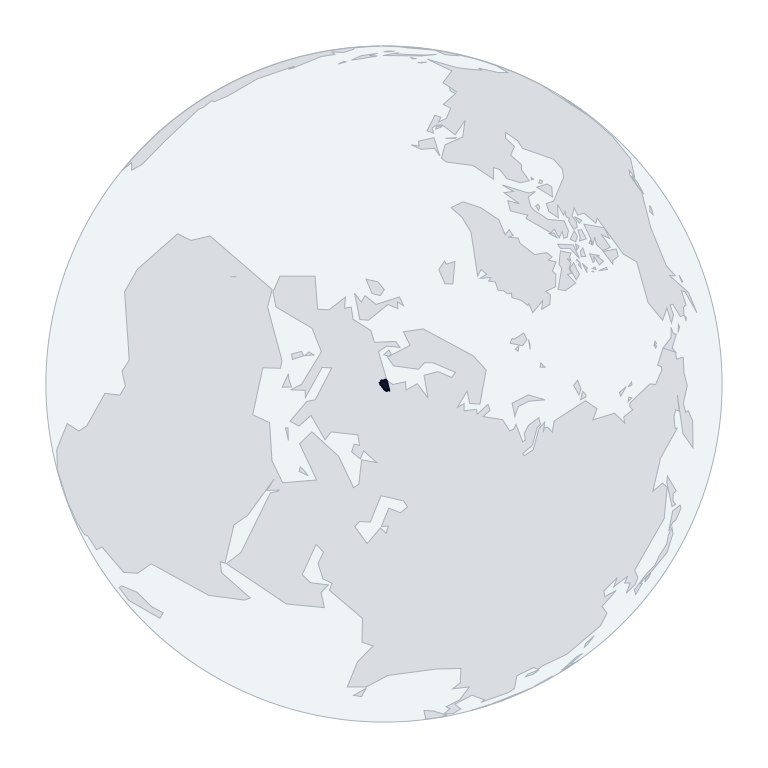 globe centered on Warmian-Masurian, rotated 74°
{"feature_id": "POL-3139", "entity_name": "Warmian-Masurian", "entity_type": "Voivodeship", "adm_level": 1, "iso_a3": "POL", "parent_name": "Poland", "parent_adm1": "", "projection": "orthographic", "projection_center": [20.397, 53.764], "detail": "fine", "context": "on_globe", "style": "filled", "palette": "ink", "viewbox_px": 768, "rotation_deg": 74, "n_neighbors": 0, "source": "natural_earth", "source_scale": "10m", "svg_char_len": 12284}
<svg xmlns="http://www.w3.org/2000/svg" viewBox="0 0 768 768"><g transform="rotate(74 384 384)"><circle cx="384" cy="384" r="338" fill="#eef3f6" stroke="#a8b0b8"/><path d="M68.9,261.9L71.0,256.6L75.7,245.7L88.5,220.0L103.5,195.5L120.6,172.3L139.5,150.7L181.5,114.4L155.8,134.7L172.8,120.2L174.2,119.1L172.5,120.5L193.3,106.1L209.0,96.2L235.5,84.9L255.0,86.1L245.5,89.5L251.3,90.0L263.7,86.0L270.4,83.4L307.1,84.5L348.4,80.0L360.2,74.1L358.7,79.5L380.1,66.0L401.8,63.6L378.1,69.3L376.2,72.4L391.3,71.8L392.6,74.9L400.6,76.6L400.9,80.6L387.0,84.4L387.0,87.2L397.6,86.7L404.6,90.9L389.0,91.1L399.5,98.6L378.3,107.7L336.3,107.4L325.1,118.1L283.4,133.3L287.8,136.1L274.8,144.6L275.1,151.2L267.3,152.7L274.3,156.9L281.3,154.2L286.8,155.3L287.6,159.2L277.8,161.6L275.9,160.0L273.5,162.8L268.2,162.4L271.3,164.8L259.3,167.7L272.2,170.7L263.6,178.0L255.3,178.3L254.9,170.5L234.6,154.2L226.1,153.3L214.6,159.2L195.6,185.9L186.7,188.6L175.7,197.7L181.1,199.5L191.7,193.1L199.0,199.2L211.1,191.3L215.8,192.8L228.7,188.4L228.1,197.6L220.5,209.2L209.7,213.6L206.1,219.1L217.4,222.2L198.4,238.3L187.8,262.9L182.7,266.5L170.9,259.4L168.2,240.2L152.9,233.4L164.0,246.8L151.2,256.6L149.6,262.2L151.1,267.3L156.5,267.2L152.4,272.8L139.7,261.0L143.3,255.8L147.2,259.3L145.8,250.7L137.3,243.9L131.5,250.0L124.6,235.2L120.4,239.6L116.5,239.2L123.8,233.1L110.6,244.2L101.7,232.5L83.7,252.8L100.0,226.7L105.0,215.0L109.4,203.1L106.4,206.0L116.4,187.8L118.5,179.4L108.9,188.4L97.3,205.2L87.1,223.6L88.8,222.6L84.2,234.6L77.3,242.6L67.4,268.6L62.5,279.9L58.6,292.7L68.9,261.9ZM58.2,294.4L55.9,304.1L52.6,320.1L53.8,320.9L54.2,331.0L50.5,342.7L53.7,340.3L51.9,354.0L55.0,382.8L53.8,383.2L55.8,421.7L64.0,454.6L65.9,469.5L64.3,471.5L68.5,482.4L68.6,486.1L90.6,528.6L106.3,556.2L108.9,567.6L101.6,565.6L106.4,576.7L93.5,556.6L82.0,535.6L72.0,513.9L63.6,491.5L56.8,468.5L51.7,445.1L48.2,421.5L46.4,397.6L46.2,373.7L47.8,349.8L51.1,326.1L53.4,314.9L55.2,306.4L55.2,306.1L58.2,294.4ZM78.9,257.7L68.0,294.4L69.4,279.8L70.0,281.1L73.8,270.3L79.1,254.0L81.7,242.5L78.9,257.7ZM84.9,259.8L86.4,254.3L85.6,258.9L84.9,259.8ZM273.2,81.9L263.8,85.7L252.1,88.5L259.8,84.8L273.2,81.9ZM295.5,78.6L291.5,80.9L285.4,79.2L289.6,78.4L295.5,78.6ZM368.4,69.5L360.5,70.5L367.7,68.6L368.4,69.5ZM401.7,76.2L403.5,75.1L406.9,76.5L401.7,76.2ZM228.2,183.7L228.4,186.0L225.9,185.6L228.2,183.7ZM233.6,179.8L230.5,177.7L232.6,175.6L234.5,176.9L233.6,179.8ZM410.5,84.1L415.4,87.1L408.0,84.6L410.5,84.1ZM236.9,182.9L236.7,172.1L240.5,168.4L250.7,170.5L236.9,182.9ZM416.7,89.2L428.7,97.1L433.8,94.9L426.3,105.9L418.5,95.2L408.6,92.4L415.4,91.9L416.7,89.2ZM283.2,151.8L275.7,154.7L281.2,148.8L283.2,151.8ZM285.4,147.8L294.6,129.2L306.1,127.2L300.7,133.6L315.0,128.7L316.1,136.8L308.5,141.3L300.8,140.9L307.1,144.4L285.4,147.8ZM420.2,110.9L421.0,113.6L417.5,111.6L420.2,110.9ZM289.4,155.3L290.2,151.5L300.2,149.5L300.4,156.7L297.1,155.0L289.4,155.3ZM318.2,123.6L325.7,123.6L328.6,130.1L331.9,131.0L317.1,136.8L318.2,123.6ZM295.2,157.4L300.2,160.5L296.2,165.1L289.2,158.9L295.2,157.4ZM302.7,146.0L307.5,145.5L304.9,148.1L302.7,146.0ZM284.9,183.8L285.7,178.9L290.9,177.4L284.9,183.8ZM302.3,161.3L303.7,159.8L305.9,158.7L308.2,161.7L302.3,161.3ZM320.2,141.2L319.9,144.0L326.4,139.1L328.9,144.1L318.6,147.2L324.1,148.0L324.8,149.5L315.5,150.4L320.2,141.2ZM317.2,161.6L304.9,167.8L302.3,177.0L297.5,178.5L302.5,163.6L317.2,161.6ZM317.0,154.9L316.0,159.3L310.6,158.8L307.9,155.4L317.0,154.9ZM334.3,146.5L333.2,138.0L335.5,137.7L334.3,146.5ZM317.5,164.3L320.5,162.8L318.0,165.0L317.5,164.3ZM330.4,152.0L329.6,149.0L332.3,148.6L330.4,152.0ZM327.0,162.5L323.0,164.4L321.0,162.1L327.0,162.5ZM329.4,157.7L333.2,158.1L322.7,160.1L328.6,156.4L329.4,157.7ZM333.0,152.2L334.3,151.0L332.9,153.5L333.0,152.2ZM336.7,170.5L324.0,173.6L319.7,168.3L332.6,166.0L336.7,170.5ZM205.7,589.4L182.7,540.9L192.8,530.0L193.7,510.5L262.4,465.5L278.0,474.7L333.3,475.6L340.3,479.2L335.0,496.0L377.3,518.7L389.7,504.6L427.0,512.9L451.0,508.6L457.7,475.2L418.2,481.6L410.2,466.4L441.0,447.5L475.3,441.8L473.3,435.8L450.7,426.4L457.6,412.5L442.7,422.0L449.5,427.4L440.3,433.8L433.6,429.3L436.3,424.4L425.7,423.2L415.5,447.9L421.3,456.1L394.0,462.8L401.0,477.3L393.9,484.6L379.5,462.9L380.2,454.5L354.2,429.7L351.0,439.0L375.4,463.3L368.2,461.5L364.0,475.3L361.5,463.3L335.8,435.3L310.6,437.7L280.1,466.6L265.0,465.4L251.7,454.3L261.3,420.6L293.8,427.2L297.6,416.3L289.8,397.1L300.3,401.0L301.1,394.3L313.3,395.9L329.1,381.9L341.3,381.7L346.3,361.1L353.2,358.5L348.3,371.2L351.4,380.4L381.5,380.1L386.9,375.6L387.8,362.5L395.9,364.5L392.9,351.9L409.6,345.6L386.7,343.1L387.0,328.6L396.4,317.1L392.4,312.1L377.1,331.1L374.7,339.2L379.3,346.8L369.2,369.7L359.1,373.3L354.1,348.3L339.2,350.9L341.8,331.2L381.5,290.5L398.7,282.0L429.7,297.3L426.4,307.0L413.7,306.1L426.6,319.8L425.0,312.4L431.8,314.4L433.9,301.9L438.8,302.8L432.3,289.7L438.6,289.4L442.6,297.7L451.0,279.8L463.6,276.2L463.2,271.9L459.1,268.2L477.9,266.6L476.7,263.5L470.1,262.8L463.4,256.3L459.0,244.5L465.8,244.6L468.3,248.8L483.7,258.3L489.3,270.1L491.6,269.0L488.3,258.8L469.5,247.2L465.0,240.1L474.5,244.2L470.6,242.2L470.5,238.7L476.6,235.5L466.5,230.6L455.6,195.0L466.4,186.0L476.1,193.1L475.6,170.4L487.9,163.4L481.8,162.6L477.4,152.0L473.5,154.0L470.2,152.9L457.2,128.3L459.4,123.1L446.9,112.9L443.7,112.6L441.4,115.8L426.3,105.9L433.8,94.9L440.6,96.0L440.7,89.0L456.1,92.6L469.0,92.9L485.7,101.8L494.4,101.7L493.4,99.0L504.5,97.5L530.6,104.6L513.8,110.3L475.4,105.0L491.4,107.8L489.1,110.9L495.6,114.3L506.8,116.4L507.3,114.3L531.7,138.8L561.2,155.1L556.1,143.5L561.4,140.2L590.4,151.7L632.2,194.5L639.8,193.1L645.9,197.7L651.9,208.8L643.2,202.3L641.6,207.7L635.8,202.7L642.5,219.3L634.3,213.0L643.5,229.6L649.3,230.5L646.4,217.7L657.9,235.7L665.7,232.8L676.0,242.5L694.1,282.6L698.6,309.4L700.8,314.4L697.8,318.4L701.1,336.7L712.6,342.5L714.9,349.2L716.7,378.7L715.4,374.5L707.4,385.1L711.2,404.1L717.5,399.9L719.9,408.8L717.4,417.0L714.3,410.0L711.4,413.3L708.4,398.2L698.7,385.5L695.9,401.9L692.4,393.2L678.7,388.4L672.5,411.6L665.2,460.6L670.3,484.3L665.1,502.8L643.9,486.2L632.8,466.7L626.1,476.3L603.4,469.3L567.2,493.3L561.2,488.9L554.5,496.4L538.4,496.9L528.9,488.4L519.5,493.5L544.8,515.2L554.7,509.5L561.8,492.8L567.1,501.9L582.5,503.0L568.6,538.4L513.3,585.0L506.5,567.9L457.3,523.2L458.0,516.0L457.8,515.3L457.1,514.0L454.0,526.0L445.1,515.8L472.8,551.5L478.1,567.1L512.5,586.3L509.6,590.2L520.3,592.3L552.8,571.6L553.3,577.6L538.8,610.8L492.6,657.4L498.0,672.8L493.4,686.0L463.0,700.0L464.1,705.9L448.2,710.7L446.2,713.4L432.5,717.3L410.3,720.7L374.1,721.6L373.1,720.7L356.8,716.6L334.7,699.4L345.1,690.4L342.3,681.2L316.1,654.8L321.9,640.8L314.6,633.2L299.6,632.3L291.0,622.5L281.8,620.3L223.9,608.0L205.7,589.4ZM240.2,496.3L238.6,502.3L240.2,496.3ZM513.0,451.4L532.7,444.2L521.4,427.1L528.0,423.1L521.7,418.9L520.4,425.9L504.7,413.6L512.3,403.7L508.7,395.2L501.9,397.3L490.5,417.7L512.9,435.1L509.5,445.5L513.0,451.4ZM55.2,383.6L55.1,389.4L54.3,384.7L55.2,383.6ZM67.1,282.0L66.0,288.1L64.5,292.8L64.9,288.9L67.1,282.0ZM63.9,331.8L63.8,339.6L62.8,333.4L63.9,331.8ZM66.9,299.9L63.8,326.0L62.1,315.5L64.4,299.2L64.2,307.8L66.9,299.9ZM80.3,263.0L79.1,267.4L77.7,268.2L80.3,263.0ZM84.3,263.2L84.4,261.9L86.1,258.6L84.3,263.2ZM152.0,257.3L152.9,258.4L153.2,264.1L150.7,262.6L152.0,257.3ZM168.6,283.6L161.6,292.0L164.9,284.7L160.1,283.9L161.0,268.1L180.2,267.5L171.4,270.4L168.6,283.6ZM167.6,247.7L164.8,257.2L167.1,246.8L167.6,247.7ZM293.4,357.7L297.9,363.3L293.8,370.5L278.4,372.3L284.1,361.7L293.4,357.7ZM305.3,369.6L304.6,345.2L314.1,343.6L308.9,348.5L315.3,349.9L308.6,358.3L318.4,381.3L315.4,389.4L288.5,387.3L298.9,383.3L293.9,377.9L305.3,369.6ZM286.0,291.1L285.8,282.0L306.8,290.2L304.5,297.8L289.0,299.7L282.5,291.8L286.0,291.1ZM255.0,189.3L253.6,186.4L256.3,185.5L259.7,187.4L255.0,189.3ZM284.8,181.7L264.1,201.7L261.4,199.2L252.4,214.8L241.9,214.4L248.0,204.2L233.2,215.9L234.5,206.6L225.3,215.4L240.1,192.8L240.7,185.4L244.0,193.7L253.7,194.1L258.1,192.1L270.9,181.1L276.9,165.9L287.5,164.5L293.4,167.5L293.5,170.9L286.6,170.7L291.8,175.4L281.9,177.7L284.8,181.7ZM355.8,211.8L347.7,208.7L356.4,221.3L346.6,222.6L348.2,224.0L341.5,228.8L336.2,237.2L331.6,236.5L331.6,240.1L327.1,243.6L325.5,248.4L316.6,249.0L313.9,255.1L311.2,252.0L308.9,262.4L306.7,255.0L300.7,259.2L306.0,264.2L262.2,258.5L245.6,262.9L232.9,270.9L230.7,257.8L241.2,242.4L257.8,228.3L274.2,226.4L270.2,221.2L276.9,218.9L277.2,224.0L280.7,214.8L286.3,214.4L301.0,203.6L302.6,191.4L308.1,187.4L310.2,192.0L314.1,184.9L321.9,191.1L326.0,188.5L337.8,192.3L339.6,203.1L344.0,199.5L353.2,202.6L355.8,211.8ZM339.8,171.9L344.2,183.8L341.0,190.6L321.9,181.3L317.1,182.8L304.7,177.7L309.7,168.1L312.7,170.4L316.9,170.4L313.7,173.4L319.4,171.0L323.8,174.2L329.4,173.4L329.3,177.4L339.8,171.9ZM347.8,473.1L353.1,474.2L361.4,473.7L359.0,482.7L347.8,473.1ZM329.9,454.3L334.7,453.6L335.2,465.4L329.7,464.5L329.9,454.3ZM336.8,443.4L334.9,452.6L332.6,447.1L336.8,443.4ZM352.7,370.0L357.7,368.7L358.4,371.7L355.9,376.2L352.7,370.0ZM379.6,251.6L375.5,248.2L376.8,246.4L373.5,235.7L380.5,234.3L385.3,240.2L379.6,251.6ZM451.2,482.2L444.6,489.7L440.8,487.4L443.9,485.2L451.2,482.2ZM399.8,488.4L411.8,491.5L399.0,490.8L399.8,488.4ZM386.7,248.2L384.5,243.9L389.4,245.9L386.7,248.2ZM385.5,232.7L391.1,234.0L381.0,232.9L385.5,232.7ZM547.4,664.0L521.7,689.0L506.8,694.7L505.7,691.8L516.2,678.8L534.0,668.7L543.2,659.3L547.4,664.0ZM718.7,430.2L717.4,436.3L708.8,435.6L712.0,426.4L719.7,414.8L719.4,419.5L720.5,415.0L720.5,415.3L718.7,430.2ZM721.8,391.4L721.8,389.4L721.7,380.5L721.7,373.9L717.1,328.2L716.8,325.2L720.9,358.1L721.8,391.4ZM671.6,485.2L678.3,491.8L674.9,499.0L671.6,485.2ZM711.8,304.1L716.0,323.1L711.1,302.3L711.8,304.1ZM706.9,288.0L708.4,291.6L707.7,291.8L706.9,288.0ZM704.1,320.3L704.3,328.5L702.6,325.7L701.4,313.7L704.1,320.3ZM683.8,251.2L690.0,259.6L692.3,263.9L689.3,262.0L683.8,251.2ZM443.6,233.6L440.4,249.7L442.7,261.2L451.4,267.2L437.8,266.1L434.2,248.3L443.6,233.6ZM453.4,199.5L445.8,195.0L449.9,192.8L452.2,193.5L453.4,199.5ZM448.3,199.7L437.5,202.1L433.8,196.9L443.0,196.0L448.3,199.7ZM412.2,224.6L410.8,229.3L406.9,227.5L412.2,224.6ZM707.2,285.4L709.8,294.5L706.0,281.9L707.2,285.4ZM709.5,293.9L708.0,289.7L706.9,285.1L709.5,293.9ZM705.9,281.2L702.9,272.5L703.8,274.8L704.2,276.1L705.9,281.2ZM704.1,281.2L704.5,277.7L706.9,289.2L699.3,274.3L697.7,267.6L704.1,281.2ZM646.5,187.9L642.6,185.6L639.0,179.3L642.7,182.6L646.5,187.9ZM623.7,158.1L636.8,176.9L646.6,193.1L647.0,190.8L655.6,200.0L651.0,200.1L638.9,184.2L632.7,173.2L624.9,166.8L616.1,156.5L607.5,152.2L601.4,146.7L607.4,147.5L623.7,158.1ZM603.9,150.9L585.6,141.5L582.0,132.8L585.2,132.8L595.1,140.7L596.5,144.7L603.9,150.9ZM580.1,136.8L581.2,140.9L556.6,139.3L550.5,136.9L567.3,132.6L569.2,136.3L575.9,138.5L580.1,136.8ZM424.4,113.0L421.3,113.6L422.7,111.4L424.4,113.0ZM468.2,154.2L464.0,152.3L465.7,149.6L468.2,154.2ZM453.2,145.9L454.2,150.2L450.3,145.6L453.2,145.9ZM457.0,160.1L453.3,151.9L460.9,159.8L457.0,160.1Z" fill="#d9dde1" stroke="#a8b0b8" stroke-width="1"/><path d="M392.1,380.4L392.3,380.1L392.2,380.5L391.8,380.9L391.0,381.0L390.7,381.5L391.1,381.9L391.1,382.1L391.2,382.3L391.3,382.4L391.7,382.9L391.7,383.2L391.6,383.5L391.5,383.8L391.3,384.0L390.3,384.7L390.0,385.1L389.4,385.5L389.1,385.5L388.9,385.7L388.7,385.8L388.2,385.7L388.0,385.9L387.5,385.9L387.4,385.9L387.3,386.1L387.2,386.2L387.0,386.3L386.7,386.3L386.5,386.6L386.2,386.7L385.8,386.7L385.6,386.8L385.3,386.9L385.1,386.9L385.0,387.0L384.8,387.1L384.3,387.4L384.2,387.4L384.0,387.5L383.9,387.7L383.8,387.8L383.7,387.9L383.4,387.9L382.3,387.7L382.2,387.6L381.9,387.8L381.7,387.9L381.7,387.4L381.5,386.9L381.3,386.8L380.9,386.7L380.5,386.5L380.2,386.4L380.0,386.2L379.9,386.0L379.8,385.8L379.6,385.2L380.1,384.2L380.4,384.0L380.6,384.0L380.8,383.9L380.9,383.6L381.0,383.6L381.1,383.4L380.9,383.2L380.6,383.3L380.4,383.2L380.5,383.0L380.4,382.8L380.2,382.8L380.1,382.7L379.9,382.3L379.9,382.1L380.1,381.9L380.2,381.7L380.1,381.4L380.0,381.2L380.1,380.9L380.4,381.0L380.5,381.0L380.4,381.1L380.5,381.2L380.7,380.8L380.8,380.8L380.8,380.7L381.1,380.5L381.3,380.5L381.5,380.3L381.7,380.2L381.8,380.2L382.5,380.1L383.8,380.2L384.8,380.2L385.8,380.3L387.1,380.3L388.5,380.4L389.5,380.4L390.5,380.4L391.3,380.4L391.9,380.5L392.1,380.4Z" fill="#0f172a" stroke="#020617" stroke-width="1.5"/></g></svg>